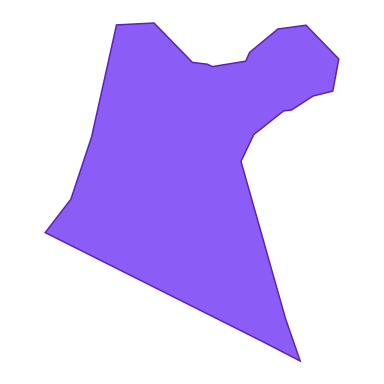 the border of Ad Dakhliyah
{"feature_id": "OMN-2404", "entity_name": "Ad Dakhliyah", "entity_type": "Region", "adm_level": 1, "iso_a3": "OMN", "parent_name": "Oman", "parent_adm1": "", "projection": "mercator", "projection_center": [57.794, 22.3], "detail": "fine", "context": "isolated", "style": "filled", "palette": "violet", "viewbox_px": 384, "rotation_deg": 0, "n_neighbors": 0, "source": "natural_earth", "source_scale": "10m", "svg_char_len": 405}
<svg xmlns="http://www.w3.org/2000/svg" viewBox="0 0 384 384"><path d="M273.2,275.2L285.6,318.9L300.2,361.0L258.9,339.7L45.2,232.6L70.9,199.2L91.6,136.9L116.5,24.9L154.0,23.0L192.4,62.4L207.4,64.2L212.4,66.6L245.7,61.2L249.6,52.4L277.9,29.0L306.0,25.2L338.8,59.0L332.8,91.1L313.1,96.0L291.5,110.0L283.6,110.9L253.8,134.5L241.0,161.4L273.2,275.2Z" fill="#8b5cf6" stroke="#5b21b6" stroke-width="1.5"/></svg>